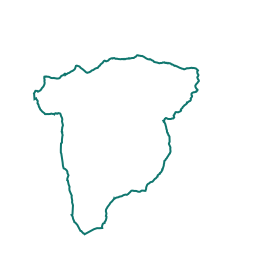 Holbav, Brasov, Romania (Mercator projection), rotated 156°
{"feature_id": "2599482B87347061012561", "entity_name": "Holbav", "entity_type": "district", "adm_level": 2, "iso_a3": "ROU", "parent_name": "Romania", "parent_adm1": "Brasov", "projection": "mercator", "projection_center": [25.358, 45.68], "detail": "fine", "context": "isolated", "style": "outline", "palette": "teal", "viewbox_px": 256, "rotation_deg": 156, "n_neighbors": 0, "source": "geoboundaries", "source_scale": "gbopen_adm2", "svg_char_len": 5831}
<svg xmlns="http://www.w3.org/2000/svg" viewBox="0 0 256 256"><g transform="rotate(156 128 128)"><path d="M150.3,205.9L152.3,203.7L153.2,203.2L155.4,202.7L156.7,202.8L159.5,202.3L160.6,202.5L161.8,202.2L162.9,202.2L163.9,201.9L163.9,202.3L163.3,203.1L163.5,203.3L163.8,203.3L164.7,202.9L165.9,202.6L167.6,202.7L168.5,202.3L169.6,201.6L170.7,201.4L171.9,201.7L172.9,202.1L173.8,202.8L174.7,203.3L175.3,203.9L176.0,204.0L177.8,204.9L179.4,206.9L180.8,207.7L181.3,207.9L181.8,208.4L182.3,208.3L182.7,208.7L183.5,208.9L183.8,208.6L184.1,207.7L184.5,207.0L184.5,206.3L184.6,205.7L185.2,205.1L185.4,204.6L185.7,203.3L186.1,202.6L186.6,201.9L188.4,200.3L190.5,199.4L191.6,198.6L192.7,198.0L193.9,198.0L194.5,197.8L195.5,197.8L195.9,198.8L197.4,199.6L197.9,199.3L198.3,198.8L199.9,197.8L199.9,197.3L201.7,192.4L200.8,192.5L199.9,192.5L200.0,191.4L199.6,190.1L199.6,189.8L199.5,189.4L199.8,188.7L200.6,187.5L200.5,186.3L200.3,186.2L200.3,185.5L200.7,183.9L200.7,183.3L200.5,183.1L200.5,182.5L200.6,182.3L200.5,181.3L200.6,180.9L200.6,180.6L200.3,179.8L200.1,179.6L200.0,179.0L199.7,177.9L198.3,175.4L198.2,174.5L197.5,174.1L196.3,173.7L194.7,172.9L193.2,172.4L192.3,172.4L191.2,171.5L190.0,171.0L189.8,170.9L189.7,170.4L188.4,171.0L187.7,170.7L187.1,169.9L186.5,169.7L185.9,170.0L185.5,169.9L184.7,169.3L184.1,168.8L184.0,168.1L184.3,166.0L184.2,164.3L184.3,163.4L184.7,162.2L185.6,161.0L186.3,157.0L188.2,154.8L188.4,154.1L189.3,153.0L189.7,151.2L190.1,151.3L190.6,148.0L191.2,147.4L193.2,144.0L194.3,141.5L195.5,141.1L198.3,135.3L199.4,132.7L199.3,131.9L201.8,122.9L202.8,119.9L203.2,117.3L202.0,116.0L201.2,114.0L201.2,112.6L201.7,111.4L201.6,109.0L204.0,106.5L204.8,105.0L204.3,104.5L204.6,103.4L205.2,100.7L205.3,98.1L206.2,96.6L206.8,94.9L206.9,92.9L206.9,89.0L207.6,88.0L208.5,84.3L209.3,83.0L209.7,79.8L213.6,72.2L214.2,71.3L214.9,71.4L214.6,69.6L215.1,67.4L215.1,65.1L215.3,63.9L214.6,62.9L213.7,60.0L213.3,53.4L212.5,52.8L212.5,52.4L211.6,49.8L210.9,49.3L210.8,48.6L200.2,49.4L197.0,49.1L195.2,48.2L192.2,47.1L191.8,48.6L190.7,50.0L189.8,50.8L187.9,50.8L187.6,51.6L186.0,52.5L184.3,54.6L183.7,55.8L184.0,56.6L183.1,57.7L182.5,58.6L182.4,59.0L182.1,60.9L181.5,62.0L181.1,62.5L179.9,63.4L179.4,63.6L179.0,64.1L176.0,65.7L174.5,66.8L172.6,67.4L169.8,68.8L169.5,69.1L169.5,68.9L169.3,68.8L167.8,69.1L166.8,69.1L164.7,68.6L163.9,68.8L161.4,68.2L159.5,68.5L158.0,68.3L157.2,68.1L156.4,67.5L156.0,67.4L155.3,67.6L154.5,67.6L153.7,68.1L152.2,68.5L151.8,68.8L150.4,69.3L149.0,68.8L148.2,68.1L146.2,67.2L145.7,66.8L144.9,65.9L143.8,65.2L142.7,64.9L141.5,65.2L140.9,65.2L139.9,64.8L138.0,63.6L137.6,63.5L137.3,63.9L136.3,64.9L135.5,66.4L133.8,68.1L133.2,68.5L132.2,68.8L131.0,68.8L130.3,69.2L129.7,69.3L128.9,69.3L127.6,69.0L127.2,69.1L124.2,70.6L123.0,70.7L121.2,71.6L120.7,71.6L120.4,72.4L120.1,72.7L118.3,73.2L117.5,73.2L117.3,73.3L117.1,73.9L115.8,74.2L115.4,74.4L114.6,75.0L114.0,75.6L113.5,75.8L113.6,76.3L113.0,76.8L112.6,76.9L110.8,78.9L110.5,79.3L110.0,80.3L109.5,80.8L108.2,83.1L107.0,83.4L106.1,84.2L104.9,84.6L104.0,85.4L103.2,85.8L100.8,87.5L100.2,87.6L99.4,88.6L99.0,88.8L98.5,89.7L98.3,90.6L97.6,92.3L97.3,92.6L97.1,93.5L97.1,96.9L96.8,97.2L96.3,97.9L95.6,98.4L93.6,103.3L93.7,104.3L94.0,104.8L93.8,105.2L93.8,106.1L94.0,106.7L93.7,107.4L94.0,107.9L93.9,108.8L93.3,110.3L93.4,111.1L93.2,111.7L93.1,112.5L92.8,113.2L92.5,115.6L92.3,116.3L92.4,117.8L92.3,118.4L92.5,118.8L92.4,119.1L92.8,119.2L92.7,119.8L92.8,120.3L91.7,120.4L91.4,120.6L90.6,121.4L90.1,121.4L89.4,121.7L89.0,121.5L87.8,120.0L85.5,118.9L84.4,118.7L83.7,118.8L83.1,118.4L82.7,118.3L82.0,118.6L81.4,119.0L81.3,120.5L81.3,120.8L81.1,121.0L80.0,121.4L79.7,122.0L79.1,122.3L78.1,123.1L76.9,122.6L75.8,121.9L73.0,122.0L72.4,122.4L72.3,123.2L71.8,123.6L71.2,123.9L70.3,124.1L69.4,124.9L68.1,125.3L67.5,125.7L65.7,126.0L64.0,126.6L63.9,126.8L63.9,127.2L63.8,127.4L62.6,127.2L61.7,127.5L60.1,127.5L59.6,127.8L59.3,128.0L58.8,128.8L58.8,129.4L56.8,130.6L56.4,131.2L56.6,132.3L56.0,133.5L55.8,133.6L55.2,133.9L53.7,134.0L52.6,133.6L51.8,133.5L51.3,133.7L50.8,133.4L50.5,133.7L49.4,134.0L49.2,134.2L48.9,134.8L49.3,135.5L49.6,136.7L49.6,137.5L49.7,138.2L49.2,139.4L47.5,140.5L46.5,140.8L45.1,141.7L44.4,141.9L44.1,142.2L44.0,143.2L44.2,144.1L44.2,145.1L44.1,146.1L43.8,146.4L43.0,146.8L42.1,147.7L42.1,148.4L42.4,149.4L42.2,150.3L41.8,151.4L41.5,151.8L40.7,152.0L40.7,152.4L41.8,154.8L43.1,155.8L44.3,156.5L44.9,156.6L45.3,157.1L48.6,158.0L49.3,158.4L49.6,158.4L50.1,158.7L51.5,158.6L52.9,158.8L53.8,159.8L54.5,160.2L55.6,161.4L56.3,162.0L58.3,164.5L58.7,164.7L58.9,165.1L59.5,165.7L60.2,165.8L60.5,166.2L60.6,166.7L61.7,168.1L62.3,168.3L62.8,169.5L63.4,170.1L63.9,170.3L64.3,170.8L64.7,170.7L65.3,170.8L65.6,171.2L65.9,171.7L66.5,171.7L66.8,172.1L67.4,172.2L67.7,172.4L67.9,173.1L68.2,173.2L68.8,173.3L69.4,173.7L70.4,173.6L71.5,173.9L71.9,174.2L73.1,174.4L74.6,175.8L77.0,177.5L77.4,178.0L77.5,178.8L78.0,179.6L78.7,180.2L79.4,181.4L79.8,181.6L80.0,182.0L80.6,181.9L82.0,182.9L83.0,184.1L84.7,186.8L85.0,187.1L85.8,188.1L86.8,188.4L87.8,189.3L88.7,189.7L89.2,190.3L90.0,190.7L90.3,190.7L91.7,190.0L93.4,189.9L94.3,189.6L95.8,190.3L98.4,190.8L98.7,191.4L99.5,191.2L100.5,191.7L102.2,192.1L102.6,192.0L103.3,192.3L103.4,192.6L104.0,192.6L104.4,193.1L104.9,193.1L105.7,193.6L106.5,193.7L108.9,195.0L109.7,195.7L110.6,196.0L110.8,196.3L111.2,196.3L111.9,197.1L112.0,197.4L113.3,197.9L113.7,197.7L114.0,198.1L114.8,198.4L117.1,198.4L117.9,197.9L118.8,197.6L119.4,197.7L120.5,197.7L121.1,198.0L121.5,198.6L121.9,199.0L122.5,199.0L123.0,198.9L124.6,197.9L127.3,197.2L128.1,196.5L129.6,196.2L131.2,195.2L132.2,195.5L133.7,195.6L136.3,195.1L137.8,195.3L139.4,194.7L139.8,194.8L141.1,194.7L142.2,195.0L142.8,195.0L143.4,195.7L143.9,196.4L144.1,197.1L145.4,199.9L146.9,202.4L147.0,203.0L147.3,203.9L149.4,205.8L150.3,205.9Z" fill="none" stroke="#0f766e" stroke-width="2"/></g></svg>